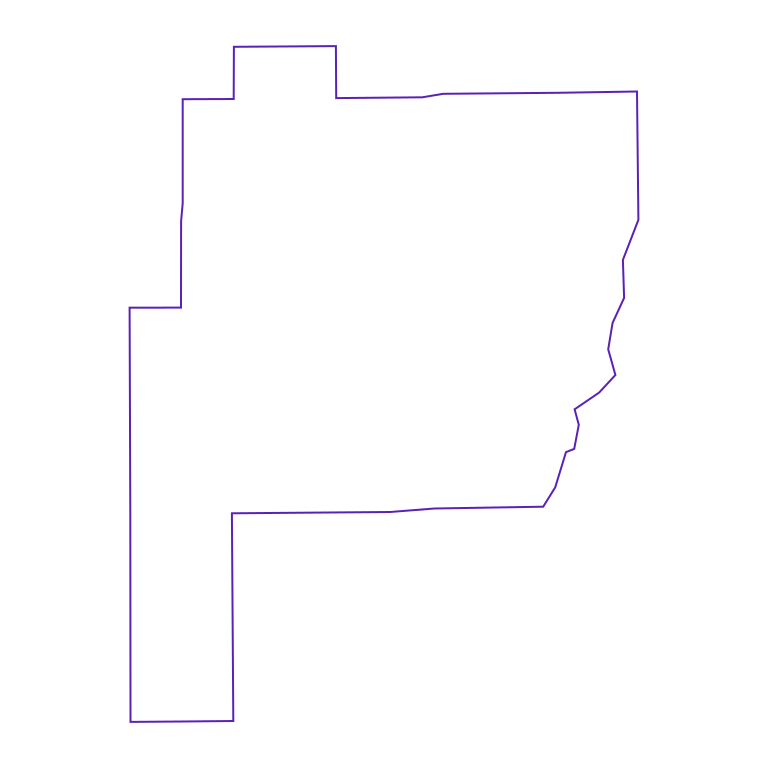 Perry, Alabama, United States of America
{"feature_id": "52423323B79791422709235", "entity_name": "Perry", "entity_type": "district", "adm_level": 2, "iso_a3": "USA", "parent_name": "United States of America", "parent_adm1": "Alabama", "projection": "mercator", "projection_center": [-87.24, 32.591], "detail": "fine", "context": "isolated", "style": "outline", "palette": "violet", "viewbox_px": 768, "rotation_deg": 0, "n_neighbors": 0, "source": "geoboundaries", "source_scale": "gbopen_adm2", "svg_char_len": 526}
<svg xmlns="http://www.w3.org/2000/svg" viewBox="0 0 768 768"><path d="M638.4,219.8L637.0,91.5L557.8,92.8L443.1,93.8L422.3,97.3L336.2,98.1L335.9,46.1L233.9,46.8L233.7,99.0L182.7,99.2L182.7,203.2L181.1,221.4L181.0,307.6L129.6,307.7L130.3,514.4L130.5,721.9L181.8,721.5L233.3,721.0L231.9,513.3L389.9,512.0L434.6,508.5L543.2,506.7L555.2,487.4L566.0,452.1L574.2,448.9L578.8,424.8L574.6,409.3L599.1,392.6L615.4,375.0L608.2,349.3L612.6,322.9L624.1,297.9L622.9,259.9L638.4,219.8Z" fill="none" stroke="#5b21b6" stroke-width="2"/></svg>